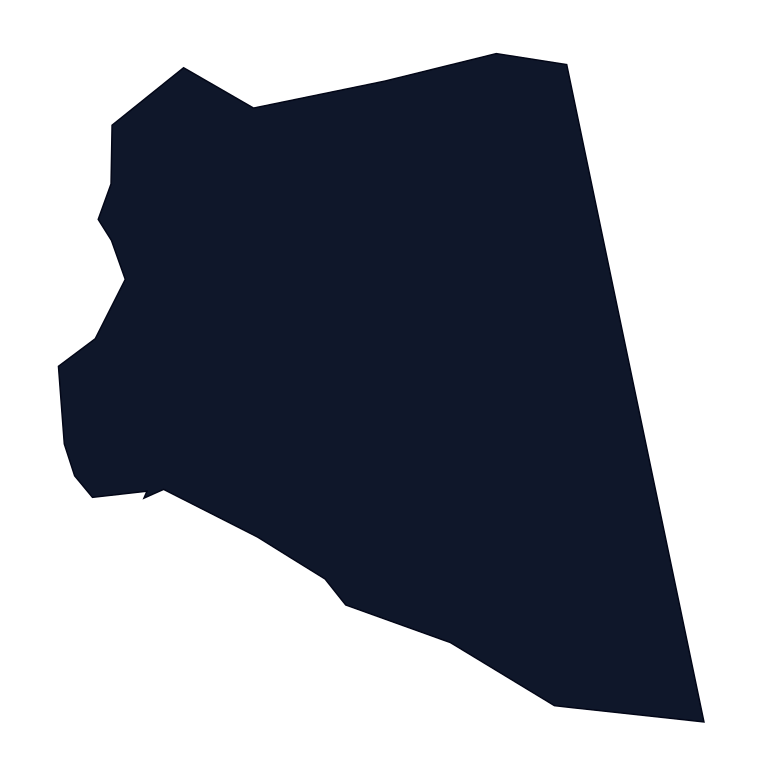 outline of Terre Blanche, Soufrière, Saint Lucia, rotated 271°
{"feature_id": "8701671B18283500133998", "entity_name": "Terre Blanche", "entity_type": "district", "adm_level": 2, "iso_a3": "LCA", "parent_name": "Saint Lucia", "parent_adm1": "Soufrière", "projection": "orthographic", "projection_center": [-61.05, 13.842], "detail": "fine", "context": "isolated", "style": "filled", "palette": "ink", "viewbox_px": 768, "rotation_deg": 271, "n_neighbors": 0, "source": "geoboundaries", "source_scale": "gbopen_adm2", "svg_char_len": 546}
<svg xmlns="http://www.w3.org/2000/svg" viewBox="0 0 768 768"><g transform="rotate(271 384 384)"><path d="M265.7,146.0L269.7,154.5L274.8,165.5L228.8,260.2L208.3,294.4L188.0,328.5L167.7,345.2L162.4,349.6L129.2,447.3L126.7,454.8L65.4,560.0L63.6,578.8L51.7,709.8L614.7,581.9L706.5,561.1L716.3,490.5L686.9,379.7L657.6,248.7L686.2,197.1L696.7,178.1L638.0,107.6L579.3,107.6L543.6,95.4L522.8,109.0L484.1,123.5L424.2,94.5L396.0,58.2L318.5,65.4L286.8,76.3L265.6,94.5L272.7,148.9L265.7,146.0Z" fill="#0f172a" stroke="#020617" stroke-width="1.5"/></g></svg>